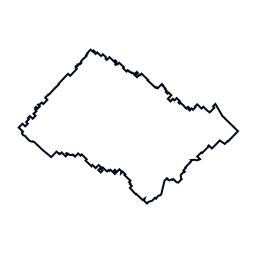 the district of Wagin, Western Australia, Australia, rotated 44°
{"feature_id": "25037944B63512656480867", "entity_name": "Wagin", "entity_type": "district", "adm_level": 2, "iso_a3": "AUS", "parent_name": "Australia", "parent_adm1": "Western Australia", "projection": "albers", "projection_center": [117.292, -33.275], "detail": "fine", "context": "isolated", "style": "outline", "palette": "ink", "viewbox_px": 256, "rotation_deg": 44, "n_neighbors": 0, "source": "geoboundaries", "source_scale": "gbopen_adm2", "svg_char_len": 4470}
<svg xmlns="http://www.w3.org/2000/svg" viewBox="0 0 256 256"><g transform="rotate(44 128 128)"><path d="M209.3,53.9L191.6,53.8L190.4,53.7L190.2,53.6L187.9,53.9L181.8,52.1L179.2,51.4L177.0,50.8L174.2,50.0L174.2,53.5L176.0,53.5L175.9,60.1L172.3,60.4L167.4,60.4L167.4,62.9L161.3,62.9L161.3,66.1L162.1,66.2L162.1,69.7L160.2,69.7L160.2,72.6L158.8,72.6L158.8,71.1L156.5,71.1L156.5,73.5L154.5,73.5L154.5,73.3L148.3,73.3L148.3,74.6L146.6,74.6L146.6,72.7L142.2,72.7L142.2,75.9L139.9,75.9L139.9,77.4L140.1,77.4L140.2,79.3L136.4,79.3L136.4,74.3L132.6,74.3L132.6,75.8L130.3,75.8L130.3,74.4L127.4,74.4L127.4,73.5L123.6,73.5L123.6,72.9L121.8,72.9L121.8,78.7L120.4,78.7L120.4,79.7L118.7,79.7L118.7,80.0L116.9,80.0L112.9,80.0L109.1,80.2L109.1,79.5L100.0,79.5L100.0,81.6L99.2,81.6L99.2,85.2L96.8,85.2L96.8,81.7L96.1,81.7L96.0,81.8L95.7,82.0L95.4,81.8L95.2,84.0L95.2,84.5L95.3,84.8L95.3,85.1L95.1,85.0L93.2,85.0L93.2,85.4L92.2,85.7L92.4,85.9L92.2,86.1L89.8,86.1L89.8,86.6L87.6,86.6L87.6,88.5L85.8,88.4L82.9,88.4L82.9,87.1L76.5,87.2L76.5,87.4L76.3,87.4L76.3,89.2L75.4,89.2L75.4,91.1L74.6,91.1L73.8,90.1L73.8,89.2L73.3,89.2L73.3,88.2L71.8,88.2L71.8,89.9L65.5,89.9L65.5,91.4L65.4,91.4L65.4,93.8L63.8,93.8L62.8,92.4L62.7,92.4L58.7,92.5L58.7,93.9L58.6,95.0L53.3,95.0L53.3,97.2L51.0,97.2L51.0,96.2L49.2,96.2L49.2,97.6L46.7,97.6L46.7,102.6L47.3,102.6L47.3,104.9L48.1,104.9L48.1,107.9L47.8,107.9L47.8,112.0L48.2,112.3L48.5,112.8L48.3,113.2L48.7,113.6L49.1,113.7L49.3,113.9L48.7,114.5L49.1,114.8L49.2,115.2L48.6,115.4L48.6,115.5L48.4,115.9L48.4,116.0L48.5,116.1L48.6,116.3L48.6,116.5L48.6,116.8L48.5,117.0L48.5,116.9L48.3,116.8L48.2,116.8L47.9,116.9L47.7,117.0L47.5,117.3L47.6,117.6L47.7,117.8L47.8,117.9L47.9,118.0L48.0,118.1L48.3,118.1L48.5,118.1L48.7,118.3L48.8,118.4L48.8,118.5L48.7,118.8L48.4,119.0L48.2,119.0L47.9,119.2L47.9,119.3L47.9,119.5L47.6,119.7L47.6,119.8L47.5,120.0L47.7,120.3L47.8,120.4L48.0,120.4L48.2,120.5L48.3,120.7L48.4,120.9L48.5,121.0L48.8,121.1L49.0,121.1L49.3,121.1L49.6,120.9L49.8,120.9L50.0,120.9L50.1,121.4L50.2,130.6L47.2,130.7L47.2,133.6L47.2,136.4L47.3,136.5L47.3,140.0L47.4,144.5L47.9,144.5L47.9,149.0L47.7,149.0L47.9,157.7L47.8,159.5L47.4,159.5L47.4,163.7L50.4,163.7L50.4,169.6L48.2,169.6L48.2,172.0L48.2,172.7L48.0,172.9L47.8,173.0L47.6,173.2L47.4,173.2L47.3,173.3L47.1,173.4L47.1,173.8L49.5,173.7L49.5,176.7L47.2,176.7L47.2,178.2L48.6,178.2L48.6,179.3L50.4,179.3L50.4,182.2L50.1,182.2L50.1,183.4L53.0,183.4L53.0,187.5L49.1,187.6L49.1,190.4L50.6,190.4L50.6,194.5L52.9,194.5L52.9,198.2L49.1,198.2L49.1,203.6L55.0,203.6L55.0,205.1L57.0,206.0L60.4,205.1L61.1,205.5L65.5,205.6L67.5,205.1L68.5,204.4L68.5,204.0L69.3,203.7L70.1,203.2L73.0,203.2L79.0,203.1L82.3,203.1L90.3,202.4L92.9,202.4L93.0,202.3L93.0,194.6L96.1,194.6L96.1,194.1L97.2,194.1L97.2,191.7L102.9,191.7L102.9,189.3L101.3,189.3L101.3,188.7L102.4,188.7L102.8,188.0L104.3,188.0L105.4,187.4L106.1,186.7L106.6,185.6L107.8,185.6L107.8,185.3L109.8,185.3L109.8,180.9L113.0,180.9L113.0,179.2L120.0,179.2L120.0,180.9L128.0,180.9L128.3,180.9L128.2,180.6L128.2,180.4L128.1,179.9L128.1,179.3L132.6,179.3L132.6,175.0L135.9,175.0L135.9,178.9L139.2,178.9L139.2,176.2L137.3,176.2L137.3,173.9L141.4,173.9L143.2,173.8L143.2,171.8L144.4,171.8L144.4,170.2L150.5,170.2L150.5,169.1L147.6,169.1L147.6,167.2L150.5,167.2L150.5,163.7L153.2,163.7L154.4,165.3L154.4,163.1L158.1,163.1L158.1,164.3L163.2,164.3L165.3,164.2L166.4,164.2L166.4,166.2L168.3,166.2L168.3,167.0L171.0,167.0L171.0,169.8L171.9,169.8L176.7,170.2L177.3,170.2L179.8,170.2L179.8,169.7L188.5,169.7L189.0,167.2L189.8,169.1L194.1,169.1L194.2,166.6L195.9,163.6L195.9,162.9L195.8,159.4L197.3,159.4L197.1,158.1L196.9,156.5L197.0,155.6L197.5,154.5L197.9,154.1L197.9,152.4L197.4,151.6L190.9,140.6L190.9,140.3L190.9,140.1L190.9,137.1L192.0,137.1L192.1,137.3L192.4,137.3L193.0,137.4L193.4,137.3L193.6,137.3L193.8,137.2L194.0,137.1L194.1,136.9L194.2,136.7L194.8,135.2L194.9,134.9L195.0,134.8L195.1,134.7L195.3,134.6L195.5,134.6L195.8,134.6L196.0,134.6L196.0,133.3L198.2,133.3L198.5,133.3L198.5,133.2L198.9,133.2L199.5,133.3L200.6,133.3L202.1,132.3L202.1,127.4L200.8,127.3L198.5,125.0L198.6,120.8L199.1,120.8L199.2,120.0L197.3,120.0L197.3,116.5L196.6,116.5L196.7,109.5L196.4,109.5L196.4,107.1L195.8,107.1L197.9,104.7L199.9,103.5L200.6,102.4L201.5,100.4L197.6,100.4L197.7,94.7L198.7,94.7L198.8,85.7L198.2,85.4L198.2,84.4L201.1,84.4L202.6,84.4L202.7,73.2L208.7,72.2L208.7,71.3L208.7,71.2L208.7,68.1L209.3,68.1L209.3,53.9Z" fill="none" stroke="#020617" stroke-width="2"/></g></svg>